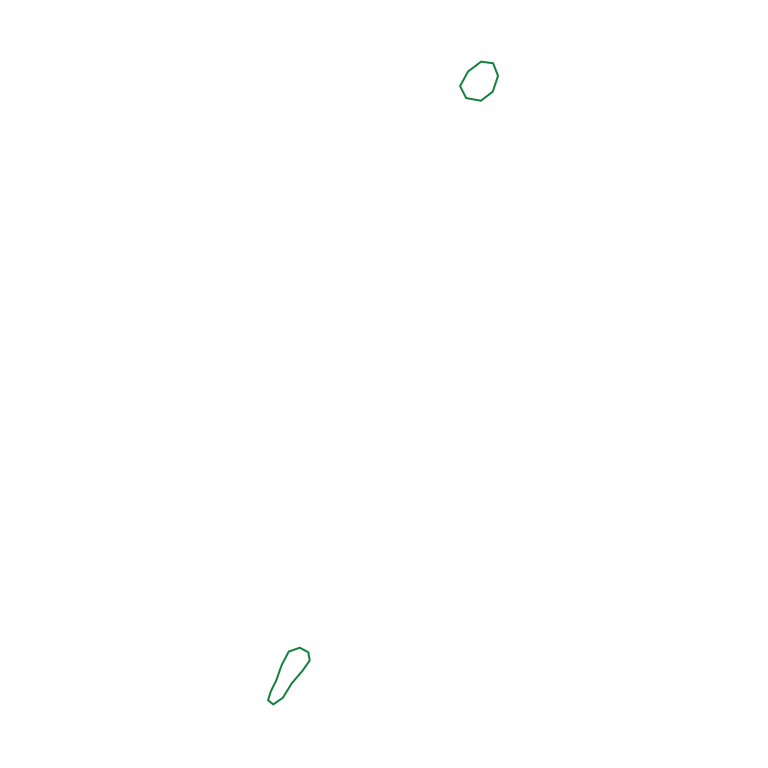 the border of Maldives, rotated 193°
{"feature_id": "MDV", "entity_name": "Maldives", "entity_type": "country or territory", "adm_level": 0, "iso_a3": "MDV", "parent_name": "Seven seas (open ocean)", "parent_adm1": "", "projection": "natural_earth1", "projection_center": [73.467, 3.739], "detail": "fine", "context": "isolated", "style": "outline", "palette": "green", "viewbox_px": 768, "rotation_deg": 193, "n_neighbors": 0, "source": "natural_earth", "source_scale": "50m", "svg_char_len": 422}
<svg xmlns="http://www.w3.org/2000/svg" viewBox="0 0 768 768"><g transform="rotate(193 384 384)"><path d="M416.6,101.9L406.7,108.1L397.4,105.6L394.2,97.8L398.9,86.3L406.6,71.5L412.0,55.5L419.8,46.9L425.8,49.7L425.2,58.7L422.3,71.1L420.5,87.1L416.6,101.9ZM361.9,719.9L349.8,721.1L342.2,709.8L343.8,693.3L353.3,681.8L368.3,681.1L376.9,691.4L372.4,707.4L361.9,719.9Z" fill="none" stroke="#15803d" stroke-width="2"/></g></svg>